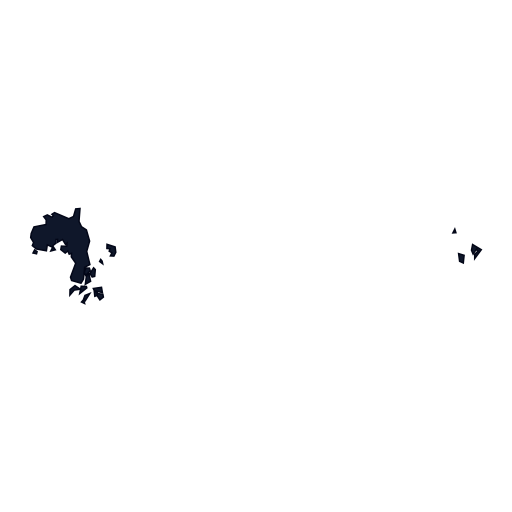 outline of Bintan, Kepulauan Riau, Indonesia
{"feature_id": "22746128B62804497316712", "entity_name": "Bintan", "entity_type": "district", "adm_level": 2, "iso_a3": "IDN", "parent_name": "Indonesia", "parent_adm1": "Kepulauan Riau", "projection": "equal_earth", "projection_center": [105.325, 0.913], "detail": "medium", "context": "isolated", "style": "filled", "palette": "ink", "viewbox_px": 512, "rotation_deg": 0, "n_neighbors": 0, "source": "geoboundaries", "source_scale": "gbopen_adm2", "svg_char_len": 1838}
<svg xmlns="http://www.w3.org/2000/svg" viewBox="0 0 512 512"><path d="M70.5,277.2L71.6,280.5L81.0,283.2L83.5,279.1L84.6,267.3L89.9,264.6L86.7,251.4L89.6,241.1L86.4,229.9L81.5,226.7L79.0,221.4L80.0,208.5L75.7,208.9L73.5,216.5L68.8,218.7L54.5,212.6L51.9,214.3L53.4,215.7L52.0,217.2L47.3,214.9L43.7,216.6L46.2,219.9L46.1,224.5L34.0,226.9L31.2,233.5L30.7,237.6L33.6,242.5L32.3,245.6L36.4,249.0L46.4,250.8L47.3,244.8L52.6,247.3L52.9,245.6L56.1,243.1L55.9,239.5L57.6,239.3L57.7,242.2L62.5,239.5L65.5,244.4L67.1,243.0L66.7,246.3L61.4,246.1L60.8,249.6L65.2,253.1L67.8,250.9L69.2,254.2L71.5,253.3L71.3,256.9L75.7,263.2L70.5,277.2ZM472.6,244.5L471.5,250.2L473.1,254.1L477.3,247.8L476.4,249.9L478.2,250.9L474.7,254.4L474.7,258.6L481.3,249.7L472.6,244.5ZM107.0,244.3L106.9,248.5L110.0,248.8L109.2,251.2L111.9,252.8L110.4,255.9L113.9,256.1L115.8,252.3L115.1,246.9L107.0,244.3ZM101.5,287.3L93.3,288.5L94.2,290.5L102.4,292.6L101.5,287.3ZM458.6,253.6L459.6,261.3L463.3,263.0L464.1,255.3L458.6,253.6ZM75.0,285.6L70.0,289.6L69.9,295.1L74.2,290.1L80.3,289.2L75.0,285.6ZM88.7,273.1L86.3,276.8L85.3,284.3L90.6,281.3L88.7,273.1ZM93.6,267.8L90.0,273.6L92.2,277.0L94.7,276.4L95.3,269.6L93.6,267.8ZM81.2,286.2L79.7,293.6L86.8,287.9L86.4,286.5L81.2,286.2ZM102.9,294.4L97.1,293.4L97.4,294.8L97.1,295.6L99.9,299.9L103.4,297.1L102.9,294.4ZM86.1,268.1L84.2,272.2L85.7,275.4L90.2,270.7L89.4,268.1L86.1,268.1ZM89.8,293.5L85.0,295.4L83.6,299.1L84.7,299.0L85.4,300.5L89.8,293.5ZM94.3,291.7L94.8,296.3L97.0,295.5L97.3,295.0L97.0,293.6L97.3,292.3L94.3,291.7ZM34.6,249.9L33.0,253.0L36.5,253.8L37.1,251.6L34.6,249.9ZM55.3,249.8L53.1,246.5L50.8,251.0L55.3,249.8ZM84.6,303.5L83.7,299.5L81.5,302.0L84.6,303.5ZM455.9,232.7L454.8,229.1L452.9,232.9L455.9,232.7ZM100.7,259.4L99.6,261.5L102.7,263.8L102.1,261.1L100.7,259.4Z" fill="#0f172a" stroke="#020617" stroke-width="1.5"/></svg>